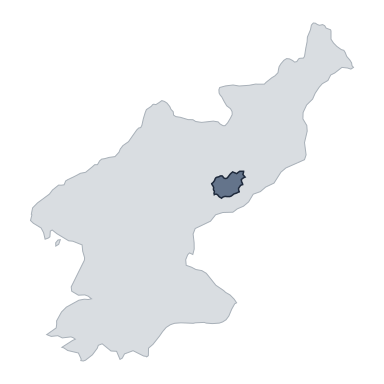 location of Toksong, Hamgyŏng-namdo, North Korea
{"feature_id": "82179303B35188226848964", "entity_name": "Toksong", "entity_type": "district", "adm_level": 2, "iso_a3": "PRK", "parent_name": "North Korea", "parent_adm1": "Hamgyŏng-namdo", "projection": "natural_earth1", "projection_center": [128.228, 40.466], "detail": "fine", "context": "in_parent", "style": "filled", "palette": "slate", "viewbox_px": 384, "rotation_deg": 0, "n_neighbors": 0, "source": "geoboundaries", "source_scale": "gbopen_adm2", "svg_char_len": 4436}
<svg xmlns="http://www.w3.org/2000/svg" viewBox="0 0 384 384"><path d="M236.6,302.8L234.7,303.8L231.7,309.2L228.8,316.1L226.0,319.8L222.7,321.9L219.3,323.1L212.4,323.6L206.2,323.1L204.2,322.4L195.6,322.8L193.2,323.3L180.9,322.8L174.5,323.3L170.4,324.7L166.2,327.4L162.6,331.6L159.5,336.1L153.0,344.3L148.5,348.2L148.4,354.0L148.3,355.7L146.7,356.9L146.2,356.4L143.6,356.0L133.1,350.7L124.5,353.9L122.3,358.1L120.0,359.4L116.6,351.3L111.0,351.0L102.2,343.8L98.3,345.3L97.3,348.2L92.4,354.8L85.5,360.2L83.3,361.0L80.8,360.6L81.2,359.1L78.4,353.0L67.7,350.5L63.8,347.9L61.9,347.3L72.5,340.5L75.3,339.2L73.2,337.7L70.9,336.9L62.3,337.9L57.8,335.7L51.2,336.4L46.7,334.6L56.2,327.9L56.7,323.9L56.6,320.9L61.5,312.0L66.4,307.1L78.9,300.2L84.3,299.2L88.3,299.5L91.5,298.8L88.1,296.1L84.8,294.9L78.4,295.2L71.7,291.2L71.2,286.9L84.4,260.2L84.6,257.7L82.7,251.2L82.1,244.9L72.8,241.2L68.7,240.8L56.9,233.7L52.2,230.0L50.3,231.1L49.9,236.8L48.2,238.1L45.1,239.2L43.6,232.7L41.1,228.0L33.3,223.2L30.5,220.5L31.9,214.8L31.3,214.3L32.6,207.9L37.5,202.9L49.4,194.1L52.5,190.0L58.6,185.1L61.3,185.2L64.1,184.8L65.0,182.7L65.6,181.0L68.0,179.5L73.8,176.8L80.4,173.3L85.6,172.3L92.1,167.0L94.7,164.7L97.4,164.7L98.1,163.6L99.6,160.9L101.7,159.1L104.5,158.7L109.1,157.4L115.0,156.6L119.0,152.2L120.3,149.0L123.0,145.5L128.5,141.7L132.4,136.1L136.7,130.0L138.7,128.0L140.7,127.6L141.9,125.3L143.3,118.9L145.2,112.6L146.4,109.6L151.3,106.3L152.6,104.7L153.7,104.2L155.9,104.6L158.9,102.7L161.8,100.6L164.4,101.4L167.0,103.1L169.8,106.6L171.0,109.4L173.2,111.7L173.6,115.1L175.8,116.6L180.4,117.3L188.0,119.6L192.9,119.7L195.7,121.5L201.6,122.4L213.3,121.1L218.1,121.9L220.1,124.0L223.1,125.7L225.0,125.7L227.6,122.9L230.4,118.2L232.2,114.6L232.1,111.7L230.5,108.7L226.7,105.8L224.1,101.4L221.7,96.8L220.3,95.3L219.1,93.1L218.9,89.7L219.7,87.5L225.6,85.9L233.1,85.0L239.1,86.0L249.2,85.3L255.4,84.1L260.0,84.2L264.3,84.2L266.1,82.3L272.0,77.6L274.9,75.9L278.0,72.7L278.5,69.4L279.1,66.7L280.9,63.8L283.9,60.3L286.6,58.6L289.5,58.9L292.6,60.5L294.6,62.1L296.8,61.6L298.6,58.9L299.8,58.3L303.4,58.1L304.5,56.4L305.8,48.2L307.1,41.7L307.4,37.1L310.5,29.7L311.4,25.1L313.3,23.0L315.4,23.2L317.3,24.5L319.5,25.3L322.6,24.6L324.7,25.7L326.1,28.1L330.6,29.8L331.0,31.0L331.0,39.2L333.5,43.0L336.8,46.4L341.3,49.6L343.8,50.3L345.2,52.5L346.7,56.4L349.9,60.1L351.6,62.9L352.0,65.7L353.5,67.4L350.9,69.1L347.5,68.0L341.9,67.4L334.7,73.0L330.7,75.0L327.9,80.5L322.3,83.7L319.2,87.2L315.2,93.2L312.6,99.1L306.6,105.0L303.1,112.5L302.9,118.9L306.8,125.5L307.2,131.1L304.5,142.6L306.1,154.9L304.5,159.7L285.8,168.0L280.9,172.2L274.0,183.1L265.6,187.1L260.4,191.6L253.2,194.2L248.6,201.9L243.5,206.2L237.4,208.8L232.9,212.2L222.8,212.5L215.6,214.8L210.5,221.2L195.2,228.5L193.1,234.0L194.1,242.6L194.2,249.1L192.8,254.5L189.5,252.9L187.7,254.7L185.7,259.7L186.2,265.3L191.5,267.2L195.8,269.5L201.8,270.6L206.3,273.3L215.8,285.2L223.6,290.5L225.6,292.4L230.1,295.0L234.2,299.2L236.6,302.8ZM58.7,244.3L55.8,246.1L55.7,242.8L58.0,240.0L60.3,239.7L58.7,244.3Z" fill="#d9dde1" stroke="#a8b0b8" stroke-width="1"/><path d="M232.7,171.9L232.1,172.4L230.8,173.5L229.9,174.5L229.4,175.2L228.6,176.2L227.9,177.2L227.3,177.8L227.0,178.1L226.6,178.3L226.2,178.4L225.5,178.5L225.0,178.5L224.3,178.2L223.6,177.7L223.1,177.0L222.6,176.3L222.3,176.0L222.0,175.9L220.7,175.9L220.3,176.0L220.0,176.1L219.2,176.6L218.5,176.9L217.4,177.1L216.7,177.3L216.3,177.5L216.0,177.7L215.7,178.0L215.2,178.7L215.0,179.3L214.5,180.6L213.7,181.7L212.9,182.7L211.7,183.6L211.9,184.4L212.5,185.3L213.1,186.2L213.6,187.3L213.6,188.0L213.4,189.1L213.6,190.1L214.2,190.8L214.4,191.7L214.0,193.2L214.3,194.6L214.8,194.2L216.6,194.2L217.8,195.0L218.7,196.2L219.4,196.9L220.4,197.5L221.0,197.8L221.5,198.2L222.9,197.1L224.1,196.6L225.4,196.4L227.1,196.6L228.2,196.6L229.7,196.6L231.1,196.1L232.5,195.1L233.3,194.4L234.2,193.8L235.3,193.5L236.5,193.1L237.5,192.6L238.5,192.1L239.2,191.9L239.2,191.5L239.2,191.4L238.9,191.0L238.6,189.8L238.6,188.9L238.6,188.2L239.1,187.5L240.5,185.5L241.3,185.0L242.0,184.8L242.7,184.6L242.4,183.2L241.7,182.1L241.6,181.2L241.4,180.5L241.3,179.8L241.3,179.5L242.1,178.9L243.0,178.2L243.7,177.7L244.2,177.5L245.1,177.1L244.4,176.3L243.6,175.4L242.9,174.3L243.3,173.1L243.6,172.0L243.6,171.3L241.5,171.3L240.5,171.3L239.7,171.3L239.0,171.8L238.0,172.5L237.3,173.2L236.6,173.6L235.3,173.0L234.0,172.5L233.0,172.1L232.7,171.9Z" fill="#64748b" stroke="#1e293b" stroke-width="1.5"/></svg>